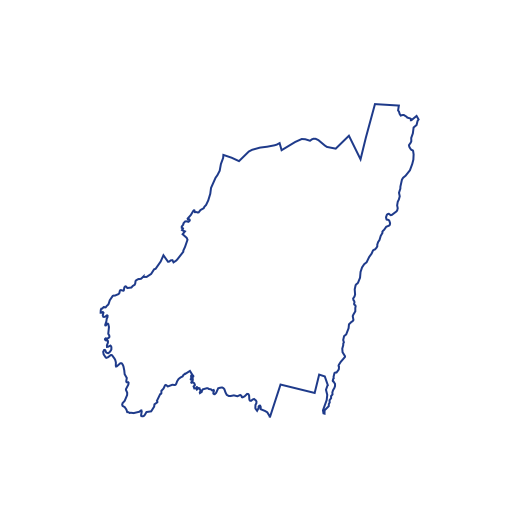 outline of Jeru pag., Rujienas, Latvia, rotated 292°
{"feature_id": "27541924B27109633258340", "entity_name": "Jeru pag.", "entity_type": "district", "adm_level": 2, "iso_a3": "LVA", "parent_name": "Latvia", "parent_adm1": "Rujienas", "projection": "equal_earth", "projection_center": [25.326, 57.845], "detail": "fine", "context": "isolated", "style": "outline", "palette": "blue", "viewbox_px": 512, "rotation_deg": 292, "n_neighbors": 0, "source": "geoboundaries", "source_scale": "gbopen_adm2", "svg_char_len": 6122}
<svg xmlns="http://www.w3.org/2000/svg" viewBox="0 0 512 512"><g transform="rotate(292 256 256)"><path d="M135.5,378.6L138.6,377.4L144.0,379.7L146.0,379.0L147.9,379.2L149.3,378.4L150.1,378.3L152.3,378.9L154.2,378.1L156.3,378.8L158.1,377.9L160.4,377.7L163.1,378.1L165.0,378.0L167.0,377.2L168.9,374.6L168.7,374.2L169.0,373.9L170.8,373.6L171.7,373.9L172.9,373.2L176.8,372.6L177.6,373.1L178.1,374.3L181.1,375.1L182.1,375.2L184.5,374.4L184.9,373.8L185.3,373.6L186.2,373.6L189.5,374.2L195.7,376.3L196.4,376.1L199.2,372.3L202.4,370.7L205.9,370.3L207.6,369.7L208.9,369.8L210.8,368.3L214.7,367.7L217.1,369.0L223.7,368.9L227.5,367.8L230.7,369.2L231.7,370.0L233.2,370.3L236.5,368.2L237.9,368.2L241.9,368.8L245.1,367.5L246.5,367.3L247.4,366.7L247.8,365.3L248.3,364.9L250.1,364.6L251.0,363.9L251.7,362.8L253.0,362.0L255.3,362.5L257.4,362.3L262.1,360.0L266.3,359.3L267.4,359.6L268.7,360.4L269.6,360.6L274.8,360.6L280.4,358.9L285.2,358.6L289.0,359.4L291.6,360.9L297.5,361.3L301.5,362.3L305.0,362.4L306.1,363.2L306.7,363.9L309.1,364.7L310.6,364.8L311.8,364.2L314.6,364.0L317.1,364.5L321.4,364.1L324.8,364.6L325.7,364.1L326.6,364.2L328.4,365.0L331.9,365.8L334.0,368.0L335.1,368.4L336.7,368.0L338.5,366.5L339.1,365.4L338.7,363.5L339.3,362.9L340.7,362.0L343.2,361.9L344.1,362.3L344.9,363.3L344.3,365.6L344.9,366.5L350.1,369.6L351.3,369.8L353.4,369.5L355.8,367.9L359.4,367.1L361.8,367.3L365.2,366.9L368.2,364.9L372.5,364.6L374.4,363.9L381.5,362.7L383.7,363.1L386.4,364.6L393.1,366.6L399.9,366.4L404.3,365.8L409.2,364.1L412.3,362.3L412.7,361.6L412.6,360.6L412.8,359.8L413.8,358.3L414.7,357.2L416.1,356.3L419.1,357.0L420.6,357.0L423.6,355.7L428.4,355.5L434.2,354.0L437.6,355.8L441.8,355.2L443.5,355.6L446.0,352.4L440.1,349.2L439.9,348.8L441.1,348.4L441.3,347.3L441.0,344.4L441.5,343.5L442.1,340.2L441.4,338.7L440.4,337.6L441.6,335.9L443.4,334.5L444.2,333.2L449.0,332.1L441.4,309.4L407.0,313.5L384.8,316.7L402.3,297.1L385.4,289.7L383.7,280.9L384.2,278.5L386.8,270.5L387.0,267.4L386.3,265.5L385.2,264.2L383.1,262.9L382.7,257.9L381.6,254.6L376.5,249.7L363.7,240.1L369.5,235.6L367.0,233.5L365.5,231.6L361.5,225.4L358.0,219.1L353.0,212.6L350.2,210.2L337.6,204.7L338.0,196.6L337.5,187.9L334.6,188.8L328.2,189.0L321.4,190.4L316.3,189.9L313.5,189.2L302.3,188.8L296.5,190.3L289.6,190.9L284.6,190.6L282.3,189.7L280.7,189.6L277.8,187.3L275.0,186.5L274.5,185.8L274.5,184.7L273.8,182.9L275.2,181.8L275.2,181.4L274.5,181.0L269.5,180.2L265.1,178.6L264.5,179.1L265.0,180.4L264.9,180.8L264.0,181.3L262.4,180.6L262.0,178.2L261.4,177.3L259.1,176.5L257.8,176.8L255.5,176.1L254.3,176.6L254.4,177.7L254.1,178.1L252.3,177.7L252.2,178.3L252.2,180.9L248.7,179.8L246.9,184.9L245.4,186.4L237.8,186.8L233.8,186.6L232.7,187.0L223.3,184.3L221.8,183.7L219.2,181.9L220.8,180.1L220.1,178.7L218.2,177.5L217.7,176.6L222.0,169.9L215.2,169.7L206.5,167.7L205.5,166.5L200.1,165.5L195.6,162.4L194.4,159.4L194.8,159.3L191.9,158.0L190.9,156.5L190.6,155.6L188.6,154.0L187.6,153.7L185.4,154.3L183.9,154.3L182.0,152.9L180.1,152.3L178.1,148.7L179.0,147.0L179.0,146.4L178.6,146.0L177.6,145.7L174.5,146.3L174.1,146.0L173.8,143.5L173.5,143.0L172.6,142.8L170.5,143.2L169.2,142.8L166.5,140.1L165.9,138.7L165.3,138.1L160.2,137.0L156.4,137.3L155.1,137.0L153.8,136.3L152.2,135.9L151.7,135.3L151.8,134.2L151.6,133.9L149.6,133.1L149.2,132.3L147.8,132.3L145.2,133.2L145.4,133.8L146.7,134.9L146.3,135.8L143.7,136.1L143.3,136.3L142.4,137.3L143.0,138.7L145.2,140.1L145.1,140.7L143.7,141.2L141.9,141.1L139.5,141.7L135.5,142.0L135.2,142.4L135.4,142.8L137.6,143.4L137.8,143.9L137.5,144.6L135.0,146.3L128.7,148.1L128.1,148.6L127.5,149.6L126.1,150.4L125.1,150.2L124.0,149.3L123.5,148.4L123.4,147.5L122.7,147.1L121.9,147.3L121.5,148.7L122.1,149.9L121.7,150.6L120.1,151.2L117.4,151.2L115.9,151.9L116.3,152.7L118.4,154.6L117.9,155.6L116.8,156.3L115.1,156.9L113.9,156.8L111.8,156.2L110.5,155.4L110.3,154.5L110.5,153.1L112.1,151.6L112.3,151.0L112.0,150.4L109.9,150.2L107.7,151.6L105.6,154.7L105.5,155.4L106.8,156.8L109.7,158.4L110.1,159.2L110.0,159.8L107.9,163.2L106.8,164.5L104.9,165.9L101.6,167.2L101.1,167.7L101.6,168.3L105.6,170.3L106.1,171.0L106.1,172.0L104.9,173.6L103.9,174.5L100.6,176.7L97.2,178.5L94.5,181.9L91.3,182.6L90.7,183.0L90.5,183.5L91.1,184.8L90.7,185.4L88.9,185.8L83.8,185.3L83.1,185.6L81.0,187.8L78.8,188.6L72.5,188.5L69.6,187.4L68.0,187.6L67.0,188.5L66.7,190.9L65.1,193.3L63.0,195.1L63.4,196.3L63.1,197.6L63.8,198.7L64.5,201.4L67.9,206.2L69.6,207.1L69.9,207.6L69.0,208.3L65.3,209.1L64.6,209.7L65.0,211.2L65.8,212.0L66.9,212.4L70.3,212.9L72.7,217.0L78.2,218.0L80.4,217.4L83.4,219.3L84.0,219.1L84.6,218.4L92.0,218.9L92.5,219.5L93.1,219.7L95.6,218.8L98.4,219.9L102.0,220.1L102.6,220.6L102.6,221.3L102.0,223.1L105.3,226.7L105.9,228.9L106.4,229.6L107.6,229.9L110.3,229.8L113.0,230.3L115.2,231.6L116.9,233.1L118.3,233.2L120.3,234.3L120.2,234.6L124.7,237.8L122.2,241.2L120.8,240.7L120.2,240.9L121.5,242.2L121.5,242.6L121.0,243.0L120.5,243.0L119.3,242.2L117.3,241.6L117.1,241.8L117.5,242.4L118.3,242.7L118.5,243.2L118.3,243.5L117.0,243.9L114.6,243.3L114.3,243.6L114.3,243.9L115.3,244.7L114.9,246.4L113.5,247.7L111.7,247.0L110.1,248.4L111.0,250.1L112.2,250.1L112.3,250.3L111.8,250.6L110.3,250.8L110.0,251.2L112.1,252.2L112.2,253.2L111.5,253.6L110.6,254.9L110.1,255.2L108.4,255.0L107.9,255.4L109.7,256.6L111.1,256.3L112.5,256.7L115.1,260.1L115.3,261.0L115.0,262.0L115.5,264.2L114.9,265.8L115.9,266.9L115.3,267.5L113.2,267.7L112.5,268.0L112.2,268.9L112.4,269.5L114.2,270.3L119.2,270.5L120.3,271.9L121.4,273.8L121.3,275.2L120.7,276.5L118.0,278.9L116.3,280.9L116.0,283.2L116.6,284.8L118.5,287.7L119.0,291.3L121.2,293.4L121.0,294.7L119.8,295.8L119.9,296.5L121.6,298.0L124.8,299.4L125.1,300.4L124.9,301.0L124.0,301.9L120.8,303.4L119.9,304.1L119.6,304.7L119.9,305.7L121.7,306.7L122.7,307.8L122.0,310.0L121.3,310.9L119.7,311.5L117.7,311.3L114.9,312.3L114.3,312.7L112.9,315.0L116.4,315.4L117.0,314.9L117.8,314.9L118.6,315.3L118.8,315.9L117.8,316.9L115.7,317.7L115.7,322.4L115.3,325.0L112.6,328.6L111.5,329.3L146.0,326.9L151.0,361.7L169.7,359.0L170.1,364.9L163.1,371.0L162.7,370.8L158.2,371.0L153.9,374.1L148.9,375.5L138.0,375.9L135.4,377.5L135.5,378.6Z" fill="none" stroke="#1e3a8a" stroke-width="2"/></g></svg>